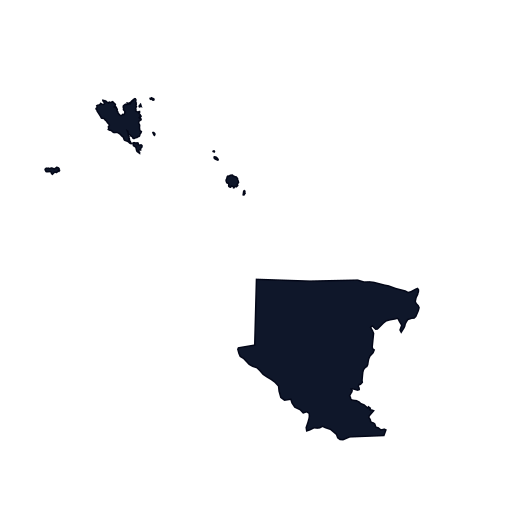 the district of Kuala Nerus, Terengganu, Malaysia, rotated 317°
{"feature_id": "92858781B78340444844195", "entity_name": "Kuala Nerus", "entity_type": "district", "adm_level": 2, "iso_a3": "MYS", "parent_name": "Malaysia", "parent_adm1": "Terengganu", "projection": "albers", "projection_center": [103.024, 5.525], "detail": "fine", "context": "isolated", "style": "filled", "palette": "ink", "viewbox_px": 512, "rotation_deg": 317, "n_neighbors": 0, "source": "geoboundaries", "source_scale": "gbopen_adm2", "svg_char_len": 5900}
<svg xmlns="http://www.w3.org/2000/svg" viewBox="0 0 512 512"><g transform="rotate(317 256 256)"><path d="M227.1,474.5L232.4,471.8L231.7,470.1L230.5,469.5L228.7,468.3L228.2,464.9L226.9,463.0L228.3,459.8L228.0,458.2L227.1,456.6L226.9,455.2L227.8,454.0L228.3,452.2L228.3,451.0L229.8,450.1L236.5,449.4L235.9,448.1L234.4,446.0L235.8,445.3L235.4,443.0L234.0,443.5L233.5,438.6L231.9,435.2L231.9,433.3L230.8,430.3L228.9,428.1L227.8,426.5L227.8,425.0L228.7,423.7L229.0,422.1L231.9,421.1L233.5,420.7L234.7,419.8L234.9,418.2L236.1,418.9L238.8,423.4L240.4,424.1L241.4,422.8L241.8,421.2L243.9,420.2L244.8,421.1L247.6,420.9L248.7,419.3L252.6,415.8L254.9,413.8L257.2,412.4L260.0,412.0L261.6,412.4L263.5,411.7L266.4,409.4L268.3,408.1L271.0,406.9L275.6,406.6L278.4,405.3L278.0,403.5L278.9,401.8L289.2,392.8L290.3,389.8L291.0,386.4L293.4,386.4L293.6,391.2L295.0,392.2L303.5,391.9L306.9,392.2L310.4,394.0L314.7,396.8L316.8,397.9L317.1,399.1L316.3,401.6L315.4,406.0L310.9,408.3L310.2,410.8L315.4,409.4L317.0,408.7L318.9,407.4L321.2,406.6L323.7,406.0L327.6,407.8L329.2,409.2L331.6,409.2L337.3,406.7L340.0,405.0L340.7,403.0L340.7,400.0L341.4,397.9L344.7,395.6L348.1,394.3L349.2,393.5L350.4,392.9L351.8,391.5L352.0,389.9L350.2,389.2L344.9,387.8L342.3,386.4L341.3,383.4L336.0,375.1L332.5,368.2L330.2,365.1L324.2,355.7L321.4,352.4L317.3,348.8L313.9,343.0L278.3,311.2L240.4,273.4L194.3,320.3L180.5,311.2L179.1,311.8L177.1,315.6L176.0,318.7L177.1,322.6L177.1,330.6L178.3,334.4L180.5,338.3L180.7,342.5L180.5,347.4L181.6,352.1L182.9,356.5L183.8,361.2L183.8,366.5L180.7,370.6L177.7,376.4L178.5,380.9L183.8,384.5L182.1,388.1L181.3,393.0L183.5,398.6L183.5,403.0L186.8,404.4L187.6,407.4L185.4,409.9L184.0,411.0L180.4,413.2L175.7,415.7L173.8,418.5L176.6,419.8L181.3,421.2L183.5,423.7L185.4,425.1L188.5,425.9L189.6,428.7L192.3,433.7L193.2,441.4L191.8,444.7L192.3,447.5L194.3,449.7L201.2,452.2L227.1,474.5ZM244.1,38.6L243.9,38.3L242.9,37.7L242.0,37.5L241.8,38.2L241.0,39.1L239.7,39.0L239.4,39.2L239.2,39.8L239.2,41.0L238.7,41.5L237.6,47.5L237.0,49.8L238.7,52.0L238.4,54.1L238.7,55.0L238.3,57.2L238.3,59.9L237.8,60.5L236.1,60.8L235.5,62.1L234.2,62.7L234.8,64.3L235.7,65.5L235.9,67.9L236.3,68.9L238.4,70.6L239.1,71.6L239.7,74.1L239.7,77.1L240.0,78.5L238.9,81.1L238.9,81.8L240.3,84.6L240.6,85.9L240.6,87.2L241.1,88.5L241.7,89.0L241.7,86.8L242.2,86.5L241.7,85.6L241.8,85.1L242.2,84.6L242.3,85.1L242.7,85.0L242.8,84.4L243.6,83.6L243.6,82.8L244.1,82.4L244.5,82.3L245.0,80.5L245.6,80.2L245.9,79.6L247.2,76.6L247.4,77.4L246.0,79.8L246.0,80.6L246.6,81.6L246.6,82.1L246.3,83.2L246.9,84.6L246.9,85.1L246.4,85.6L246.4,86.0L246.8,86.9L248.6,87.4L249.8,88.2L251.0,88.1L251.3,88.5L252.0,88.8L252.8,88.7L254.7,87.5L255.4,87.6L257.0,86.9L257.0,86.4L256.6,85.7L256.9,84.6L258.4,82.6L260.0,81.1L260.4,80.4L260.7,78.9L262.2,77.6L264.9,78.0L265.4,77.3L265.4,76.4L264.7,76.1L264.9,75.1L265.9,75.0L265.9,75.6L267.2,75.5L267.4,75.2L267.3,74.0L267.7,73.6L267.6,71.9L268.1,71.6L269.0,71.5L269.4,70.9L268.8,70.5L268.1,70.5L267.4,69.6L267.0,67.9L268.2,66.9L268.6,65.9L270.6,65.1L270.6,64.4L270.9,63.9L271.9,63.4L272.0,62.8L272.8,62.5L272.8,61.9L273.3,61.0L274.7,59.9L275.0,58.7L274.7,58.3L272.9,57.9L272.3,58.0L272.1,58.5L271.5,58.6L271.1,57.9L269.9,58.0L269.6,58.5L268.1,58.8L268.5,57.9L267.8,57.7L266.5,58.2L266.2,57.8L266.6,56.7L266.1,56.2L265.5,57.4L264.7,57.2L264.1,56.0L263.7,55.9L261.5,55.7L260.4,56.5L260.1,57.4L258.8,58.6L258.8,60.9L258.2,61.2L258.1,61.7L255.9,62.6L255.7,62.5L255.1,61.5L254.2,61.6L253.0,61.4L252.5,60.1L252.6,57.4L253.3,56.2L253.4,55.0L254.6,54.1L254.8,52.9L255.2,52.0L255.2,51.5L254.3,51.5L253.9,50.3L255.0,50.3L256.6,49.2L256.4,46.2L256.5,45.4L256.1,45.1L255.5,45.3L255.2,44.9L254.6,44.7L253.7,43.8L253.7,43.4L253.3,43.3L253.1,43.6L252.5,43.6L252.5,43.0L252.0,42.4L251.9,40.5L251.6,40.4L251.5,39.4L251.1,39.1L250.4,37.8L250.2,37.6L249.8,38.2L249.9,39.4L249.6,39.9L249.4,41.2L248.0,41.3L247.7,41.1L246.6,39.7L246.7,39.1L246.4,38.4L245.1,39.0L244.8,38.7L244.1,38.6ZM290.1,179.2L290.1,178.4L289.5,178.3L288.6,178.6L287.6,179.4L286.0,180.0L285.4,180.6L284.6,182.4L284.7,183.1L285.3,183.8L285.2,184.9L284.3,185.5L283.6,186.5L283.7,187.4L284.2,188.3L284.6,188.4L285.7,188.0L286.4,189.1L286.6,190.4L286.1,190.8L286.3,191.1L287.4,190.8L288.1,190.9L288.8,192.0L290.7,192.0L291.3,190.7L293.4,190.3L294.2,188.9L294.4,187.9L295.3,186.8L295.4,185.8L295.5,184.8L294.2,182.9L294.3,182.4L293.8,182.0L294.0,181.0L293.9,180.6L292.2,179.4L290.1,179.2ZM167.9,54.9L166.7,52.3L164.3,51.0L164.0,50.0L163.3,49.7L162.5,48.7L160.9,48.7L160.4,49.5L160.4,50.2L160.0,50.9L160.4,51.7L163.2,54.0L163.3,55.1L162.7,56.2L162.8,57.4L165.8,57.3L166.2,57.5L167.0,58.9L167.8,59.0L169.3,58.7L169.5,59.7L170.5,59.6L170.5,58.1L171.0,58.0L171.4,58.2L171.6,57.6L171.6,56.8L171.0,55.5L170.8,55.2L170.1,55.4L169.6,55.0L167.9,54.9ZM245.6,91.6L244.7,91.2L244.7,90.7L244.4,90.2L243.4,89.4L241.7,91.5L241.6,91.8L242.2,93.9L242.2,94.7L240.7,97.3L240.3,98.4L240.9,101.5L241.6,100.8L241.6,99.3L242.2,98.9L243.2,98.9L243.9,99.8L244.9,98.7L246.9,98.5L247.9,97.6L247.9,96.6L247.6,96.2L246.2,95.4L246.0,93.7L246.8,93.2L246.6,92.5L245.7,92.1L245.6,91.6ZM293.9,159.9L294.1,159.6L293.7,159.2L294.3,158.8L294.4,158.1L294.2,156.3L293.2,155.0L292.8,155.1L292.2,155.8L292.2,157.1L293.3,159.7L293.9,159.9ZM292.0,200.2L291.2,200.2L289.2,201.8L289.1,202.2L288.5,202.3L288.3,202.7L289.2,203.2L289.8,202.8L290.7,202.8L291.0,202.1L292.1,201.0L292.0,200.2ZM286.7,69.0L286.0,68.5L285.7,69.0L285.8,69.6L286.6,70.0L286.9,70.6L286.7,71.1L286.8,71.6L287.3,72.1L287.9,72.2L288.4,71.6L288.3,70.9L287.6,70.7L287.8,70.0L287.5,69.7L287.6,69.2L287.4,68.9L286.7,69.0ZM264.8,98.3L265.5,97.4L265.4,95.9L265.0,95.4L264.7,95.4L263.9,97.9L264.0,98.5L264.8,98.3ZM274.1,68.3L275.1,66.2L274.9,66.2L274.2,66.6L273.3,66.4L272.4,67.1L272.4,67.5L272.8,67.8L273.9,67.7L274.1,68.3ZM296.5,150.1L296.0,150.1L295.9,150.5L296.5,151.5L296.9,151.3L297.1,150.7L296.5,150.1Z" fill="#0f172a" stroke="#020617" stroke-width="1.5"/></g></svg>